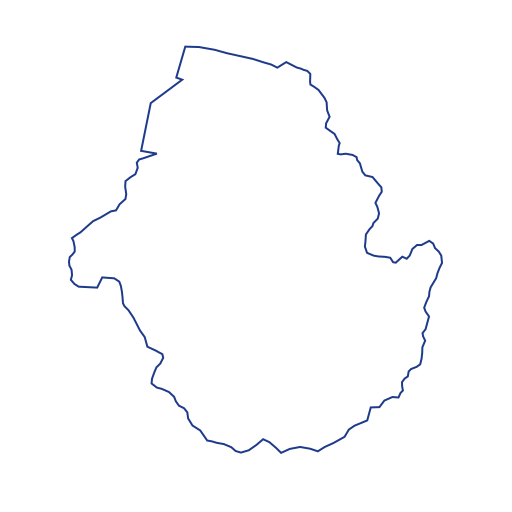 Kuala Pilah, Negeri Sembilan, Malaysia (Mercator projection), rotated 190°
{"feature_id": "92858781B70284069917848", "entity_name": "Kuala Pilah", "entity_type": "district", "adm_level": 2, "iso_a3": "MYS", "parent_name": "Malaysia", "parent_adm1": "Negeri Sembilan", "projection": "mercator", "projection_center": [102.206, 2.725], "detail": "fine", "context": "isolated", "style": "outline", "palette": "blue", "viewbox_px": 512, "rotation_deg": 190, "n_neighbors": 0, "source": "geoboundaries", "source_scale": "gbopen_adm2", "svg_char_len": 2536}
<svg xmlns="http://www.w3.org/2000/svg" viewBox="0 0 512 512"><g transform="rotate(190 256 256)"><path d="M91.1,141.4L89.9,146.2L88.0,149.0L89.5,153.2L90.3,157.1L88.4,161.0L85.6,163.8L85.6,168.8L83.7,171.6L78.6,174.7L75.5,177.8L75.1,183.7L75.5,189.5L76.3,195.0L74.7,202.0L77.5,205.9L78.6,209.0L76.3,213.3L75.1,226.5L79.4,230.8L81.4,234.3L80.2,240.6L78.6,246.4L79.0,250.7L78.6,255.4L74.7,265.5L74.3,270.6L73.2,276.0L71.6,281.5L73.6,288.5L76.7,292.0L76.8,292.1L81.0,294.8L83.7,299.0L88.0,301.0L95.0,295.5L99.3,294.8L103.2,290.1L104.7,283.1L107.1,279.5L111.8,280.7L117.2,273.7L119.9,273.7L123.5,277.6L128.5,277.6L135.5,276.8L140.2,276.8L147.2,278.4L150.4,284.2L150.7,288.9L151.5,296.3L148.8,302.2L146.5,305.7L146.1,308.8L142.6,313.9L142.2,319.3L144.9,325.2L147.6,329.1L145.3,336.5L143.3,341.1L144.5,345.4L148.4,348.5L155.0,354.0L162.4,354.4L165.9,357.5L169.8,365.3L173.0,368.0L174.1,370.8L178.4,372.3L185.4,372.3L190.1,370.8L193.2,370.8L193.6,379.0L193.2,381.7L196.0,384.8L199.9,389.9L204.9,392.2L209.6,394.5L210.0,398.8L207.7,405.9L211.2,411.7L211.9,414.4L213.1,419.5L215.8,423.4L223.3,430.4L228.3,432.8L232.2,434.3L233.0,437.0L234.0,443.9L234.2,444.8L237.7,447.2L241.6,447.6L244.3,448.3L248.6,448.7L259.9,452.2L267.7,445.2L274.3,447.2L282.1,448.0L293.0,449.5L320.3,450.7L332.4,451.9L341.4,451.9L348.4,451.9L362.0,449.9L365.5,417.9L359.3,416.8L386.2,388.3L387.4,339.6L371.4,339.6L384.1,332.6L387.8,330.8L389.6,327.2L387.8,322.3L389.0,315.6L393.2,311.9L397.5,307.1L396.9,301.6L394.5,294.3L394.5,289.4L399.3,283.3L401.8,276.6L406.6,274.8L410.9,271.1L415.8,266.9L422.5,262.0L427.4,255.9L433.0,248.8L436.1,246.0L440.4,241.7L438.4,239.0L436.1,233.2L435.3,228.9L436.9,225.8L439.2,222.6L439.2,218.0L438.1,214.1L435.3,210.5L433.8,205.1L434.2,200.4L429.9,196.9L425.2,195.0L406.9,197.3L403.7,208.2L391.7,209.4L386.2,207.0L383.9,203.1L381.9,197.7L380.4,192.6L378.8,186.4L376.8,183.7L372.2,180.5L365.9,173.9L357.4,162.6L351.5,156.8L347.2,147.8L337.1,145.1L336.3,144.7L331.2,143.1L329.7,139.6L331.6,133.4L334.7,129.1L335.9,124.0L337.1,117.0L336.7,112.3L330.8,109.2L325.8,108.8L318.0,106.9L312.1,103.0L309.8,99.1L305.9,95.2L300.4,93.6L296.5,90.1L294.6,84.2L289.1,78.0L280.6,74.5L272.0,65.8L267.2,65.8L262.3,65.2L255.0,65.2L247.1,63.4L242.2,60.4L236.7,59.8L229.4,63.4L222.7,70.1L217.2,76.8L210.5,75.0L203.2,70.7L197.1,66.5L189.2,71.9L179.4,75.6L169.1,75.6L161.2,74.4L155.1,79.9L147.2,85.3L137.4,93.3L134.4,101.2L129.5,106.0L117.9,113.4L116.7,126.8L108.2,128.6L104.5,135.9L97.2,140.8L91.1,141.4Z" fill="none" stroke="#1e3a8a" stroke-width="2"/></g></svg>